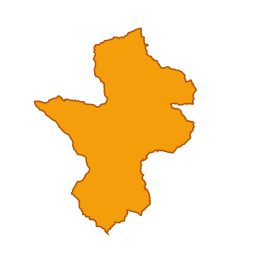 outline of Monghsat, Shan, Myanmar, rotated 337°
{"feature_id": "60261553B30377978208155", "entity_name": "Monghsat", "entity_type": "district", "adm_level": 2, "iso_a3": "MMR", "parent_name": "Myanmar", "parent_adm1": "Shan", "projection": "albers", "projection_center": [98.999, 20.355], "detail": "fine", "context": "isolated", "style": "filled", "palette": "amber", "viewbox_px": 256, "rotation_deg": 337, "n_neighbors": 0, "source": "geoboundaries", "source_scale": "gbopen_adm2", "svg_char_len": 5791}
<svg xmlns="http://www.w3.org/2000/svg" viewBox="0 0 256 256"><g transform="rotate(337 128 128)"><path d="M68.1,217.4L68.2,216.3L68.0,215.5L68.5,215.5L71.2,213.8L71.8,213.6L72.5,214.1L73.1,213.4L73.1,212.8L73.9,212.4L75.0,212.6L75.8,211.8L77.8,211.5L78.9,210.5L79.2,209.6L79.7,210.1L83.3,211.9L84.7,211.1L88.0,212.0L88.6,211.9L89.4,210.1L90.5,208.6L91.3,208.6L94.4,206.3L95.0,203.7L95.9,203.3L96.8,203.9L98.3,205.9L100.1,206.6L100.8,207.6L101.8,208.0L104.2,210.5L104.7,212.1L105.4,213.2L106.0,213.5L107.0,212.2L108.0,210.3L109.1,209.8L109.9,209.9L116.8,207.1L118.1,206.9L118.9,206.0L119.1,205.0L119.6,204.5L119.5,203.9L119.9,203.2L119.4,202.8L119.9,202.5L121.0,200.4L120.9,199.4L121.4,198.1L121.7,196.3L121.4,195.5L121.7,193.5L121.3,192.9L121.3,192.0L120.7,191.5L120.1,191.6L119.9,190.5L120.6,190.2L120.0,188.5L120.1,188.0L122.1,187.3L122.5,186.5L122.2,185.6L122.7,184.6L122.2,183.6L122.1,182.2L121.1,180.9L122.2,178.3L123.3,177.8L124.1,177.1L123.1,176.3L122.8,175.4L122.6,174.8L123.0,174.0L122.7,172.4L123.4,170.9L124.1,170.2L124.6,168.6L125.8,167.9L126.1,166.2L125.8,165.3L126.5,163.9L127.2,163.4L128.7,163.9L129.5,162.7L130.0,163.8L131.0,163.9L134.1,163.0L133.5,160.9L135.5,160.5L137.2,159.4L139.0,159.2L140.1,159.8L140.9,159.6L141.6,159.9L143.3,159.3L144.6,159.2L145.8,160.4L145.8,161.1L146.3,161.1L147.2,160.0L148.9,161.6L150.9,161.7L151.8,163.1L154.0,164.4L155.4,165.9L156.5,166.3L158.2,167.7L158.8,167.6L159.9,168.5L166.2,164.9L166.8,165.3L168.7,165.2L169.1,165.5L170.5,165.2L171.5,164.4L173.1,164.9L174.0,164.7L174.5,164.4L174.9,163.8L176.4,163.7L178.7,162.4L179.9,162.3L181.8,161.3L182.2,160.8L181.9,159.1L183.3,157.7L183.9,156.2L184.8,156.3L185.0,156.5L185.7,155.9L187.0,155.5L187.7,153.5L188.4,153.5L189.1,152.7L189.4,151.9L189.3,151.4L189.5,150.7L190.2,149.1L190.7,148.9L190.7,148.6L189.4,147.2L188.0,147.1L187.7,146.1L186.4,145.0L185.2,144.9L185.0,142.8L184.3,141.7L184.7,141.3L184.0,138.4L183.0,136.7L183.1,134.9L183.4,133.7L183.1,132.4L182.7,131.4L181.1,129.7L179.9,128.8L178.9,128.9L177.7,127.4L176.5,126.9L176.8,123.7L176.6,122.8L178.9,122.8L180.9,124.2L181.5,123.9L182.1,124.1L183.9,126.5L184.5,127.0L185.7,126.9L186.5,127.7L187.1,127.8L189.6,127.6L190.4,128.5L191.5,128.6L192.9,129.4L194.1,129.3L194.5,129.8L196.8,131.2L196.9,130.4L197.8,130.6L198.0,128.4L198.7,127.7L200.3,127.0L200.0,124.7L200.3,123.8L202.0,121.9L203.5,120.8L205.7,119.7L205.7,117.9L205.1,116.4L205.2,115.1L204.9,113.8L204.3,113.0L204.3,112.8L205.1,112.6L204.6,111.8L204.9,108.7L203.7,108.2L202.2,109.0L201.1,108.3L199.7,108.5L199.3,107.6L199.7,105.8L199.6,104.9L199.8,103.5L201.0,101.7L199.3,97.4L198.3,96.0L197.3,94.9L194.6,93.3L193.8,92.3L191.0,90.7L190.1,89.9L189.5,87.8L187.6,86.9L184.4,87.0L182.3,85.7L181.8,85.0L181.5,81.4L180.9,80.8L180.6,79.8L180.9,79.0L180.9,77.4L180.1,77.0L179.3,76.0L178.1,75.4L178.3,74.7L177.4,73.4L177.5,71.7L177.0,70.9L175.4,69.9L174.9,69.0L174.6,67.8L173.9,67.1L174.0,66.4L175.2,65.5L175.4,64.9L175.1,61.3L176.0,60.0L178.5,59.7L178.8,59.4L178.8,59.0L178.1,58.8L177.7,58.2L176.0,57.9L176.0,57.2L176.6,56.0L176.3,55.4L176.6,54.4L176.8,53.7L177.2,53.6L177.1,52.9L177.5,52.0L178.3,51.0L178.2,50.7L176.0,49.1L175.9,48.7L176.7,48.1L177.0,47.1L176.9,46.5L177.6,44.5L178.6,43.0L178.9,42.0L178.7,41.1L173.6,40.6L172.1,40.6L171.1,41.2L170.0,40.6L169.0,41.0L167.8,40.7L165.3,40.6L164.6,41.2L164.2,42.0L163.1,42.2L161.6,42.0L159.1,43.1L158.6,42.3L157.6,42.0L156.1,41.6L155.5,42.0L154.8,41.9L153.8,40.6L150.5,38.9L150.1,39.0L150.0,39.5L149.3,40.0L143.4,39.4L141.4,38.7L140.2,38.6L138.8,39.9L137.6,39.3L136.1,39.1L135.6,39.5L133.5,40.1L132.9,39.6L131.2,39.0L129.7,39.2L129.6,40.2L128.1,40.9L128.0,42.5L128.2,43.2L127.6,43.1L127.1,43.5L126.3,44.8L126.4,45.3L127.1,46.5L127.0,47.1L126.2,48.4L125.4,48.6L125.2,49.6L124.4,49.9L123.0,51.4L123.9,53.8L123.8,54.9L122.1,58.6L121.3,59.2L119.7,61.2L119.5,62.5L118.8,65.0L118.3,65.6L118.7,66.6L118.5,67.6L118.7,68.0L119.0,68.4L119.8,68.6L120.1,69.3L121.4,70.8L121.3,74.5L121.6,74.9L122.6,75.7L123.1,77.4L122.9,77.7L123.3,78.9L122.3,80.1L121.8,82.2L119.9,86.6L119.5,89.2L120.5,91.6L120.5,93.1L119.4,94.6L116.7,96.7L113.0,95.9L112.0,96.0L110.8,96.9L107.6,96.7L105.7,93.5L104.3,92.5L98.3,89.4L97.7,88.7L97.8,87.2L97.7,86.8L97.0,86.4L95.7,86.3L92.7,83.5L91.6,83.4L90.6,82.9L90.3,81.7L88.9,81.7L87.5,80.7L86.3,80.3L82.8,77.4L81.1,77.2L81.0,78.1L80.1,78.3L79.6,77.8L79.6,77.3L79.1,76.9L78.6,75.8L78.8,74.3L78.3,74.2L77.6,72.2L76.5,71.3L75.4,71.6L73.8,72.4L70.6,71.6L69.2,71.9L66.9,71.5L66.3,71.6L65.4,72.6L64.8,72.8L61.7,72.8L60.4,71.9L59.8,71.1L59.2,71.0L58.4,69.9L57.5,69.4L57.2,69.0L54.3,67.6L52.5,67.1L52.1,68.3L52.0,71.3L52.1,72.3L53.5,74.4L53.6,75.9L53.9,76.8L55.6,78.1L57.2,80.0L57.6,81.8L57.6,83.4L58.0,84.3L60.0,87.2L61.5,90.5L62.8,92.2L63.5,92.6L64.1,93.8L65.3,98.4L64.9,99.5L65.0,100.1L65.7,101.3L66.1,102.8L66.9,104.1L66.9,105.6L69.2,109.4L70.8,110.9L71.2,113.0L71.3,115.6L71.8,117.3L71.7,119.7L71.6,120.5L70.5,121.9L70.0,125.6L70.1,127.0L70.8,128.2L71.2,132.0L71.7,132.8L75.0,134.8L75.7,135.8L77.1,137.2L77.6,138.4L77.5,139.9L76.5,142.5L76.6,143.5L76.2,145.1L76.1,147.2L76.9,149.9L75.9,152.1L74.5,153.2L71.8,154.0L70.7,154.6L69.5,155.4L68.5,156.8L66.2,158.1L64.7,158.7L63.7,158.7L60.7,157.7L59.2,158.6L57.1,160.6L54.4,162.2L52.7,163.9L52.4,164.7L50.8,165.7L50.3,166.6L51.9,168.0L52.1,170.0L53.8,172.6L54.0,174.4L54.8,175.6L54.8,176.5L54.0,176.9L53.5,179.2L52.3,181.5L52.3,183.0L53.1,183.8L53.2,184.9L52.9,185.6L53.4,186.2L53.2,186.6L53.5,187.2L53.1,189.0L52.6,189.5L52.7,190.0L53.5,190.0L54.6,191.2L54.6,193.1L55.0,193.4L55.1,193.7L56.2,193.7L57.7,194.8L57.6,195.7L57.1,196.1L57.1,197.2L58.5,198.1L59.2,197.9L59.5,198.3L60.1,198.4L60.7,199.7L61.5,200.1L61.8,203.6L60.8,205.0L60.7,206.2L61.8,207.0L62.8,207.1L64.5,208.5L65.1,209.7L67.2,212.5L67.1,213.1L66.6,214.0L68.1,217.4Z" fill="#f59e0b" stroke="#b45309" stroke-width="1.5"/></g></svg>